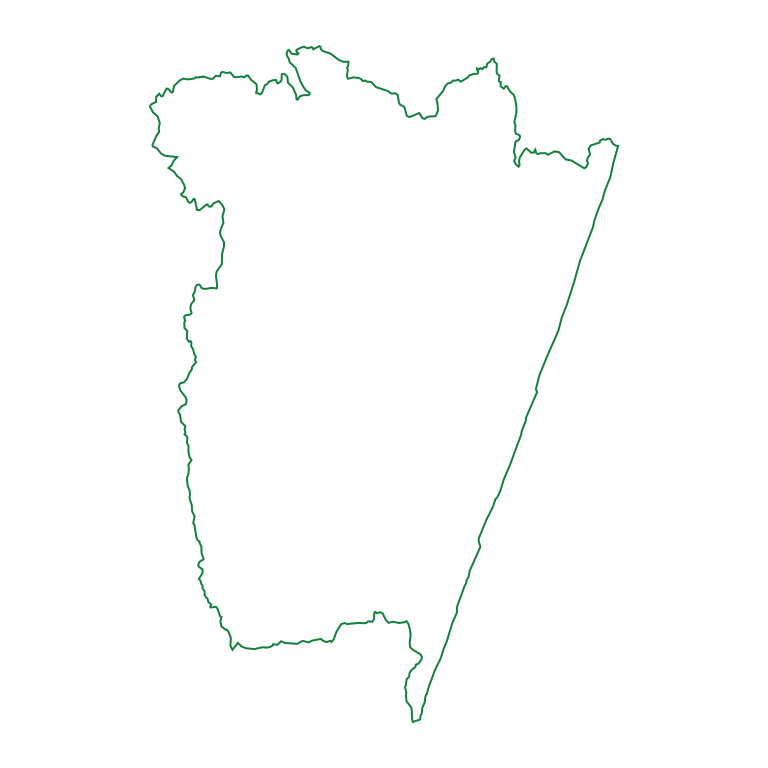 the district of Manakara Atsimo, Vatovavy-Fitovinany, Madagascar
{"feature_id": "10022922B29911348985828", "entity_name": "Manakara Atsimo", "entity_type": "district", "adm_level": 2, "iso_a3": "MDG", "parent_name": "Madagascar", "parent_adm1": "Vatovavy-Fitovinany", "projection": "natural_earth1", "projection_center": [47.828, -21.964], "detail": "fine", "context": "isolated", "style": "outline", "palette": "green", "viewbox_px": 768, "rotation_deg": 0, "n_neighbors": 0, "source": "geoboundaries", "source_scale": "gbopen_adm2", "svg_char_len": 5977}
<svg xmlns="http://www.w3.org/2000/svg" viewBox="0 0 768 768"><path d="M159.2,93.7L156.1,97.0L156.2,101.8L151.1,104.4L149.9,106.4L152.9,112.2L157.6,116.4L159.8,122.9L158.7,128.4L159.1,131.9L156.2,136.2L152.4,145.1L153.2,146.7L156.8,148.2L161.0,153.4L164.8,155.7L177.1,157.1L173.6,160.9L171.8,165.0L168.5,168.0L174.2,171.8L176.9,175.8L180.9,179.1L184.0,184.5L185.1,188.3L183.2,192.4L181.2,194.0L181.1,194.8L183.2,196.6L185.8,197.1L188.3,201.8L189.7,202.9L191.6,202.0L193.6,198.9L194.8,199.4L197.0,210.0L199.7,210.1L206.5,204.5L207.6,204.6L208.6,206.4L211.0,206.7L213.9,203.1L218.7,201.0L222.1,204.8L224.4,209.2L222.5,216.3L223.4,223.0L220.6,229.3L220.0,232.4L220.6,235.4L224.0,242.5L224.0,246.3L222.2,253.5L221.8,264.1L216.7,271.6L215.9,275.6L217.1,284.8L216.8,288.4L211.7,287.9L204.8,289.0L201.5,288.0L200.2,285.3L198.9,284.5L196.9,285.0L195.6,286.8L194.6,292.2L192.9,295.0L194.4,300.1L191.4,303.7L190.6,306.2L190.4,308.7L191.6,313.2L190.1,314.5L185.2,315.5L184.0,316.9L185.2,320.6L184.3,322.4L184.5,328.0L187.3,331.0L186.7,338.6L189.0,341.8L190.4,341.0L191.4,342.2L191.1,346.2L193.0,349.0L194.3,354.3L195.9,357.1L194.8,359.8L196.1,362.3L192.1,367.0L191.8,369.5L189.4,372.8L187.2,378.5L184.0,382.3L180.0,383.4L179.0,385.9L180.3,390.3L185.4,397.0L186.7,400.0L185.9,404.2L181.7,406.2L178.5,410.0L178.3,411.6L180.1,414.9L181.0,421.8L185.4,426.2L184.6,429.3L185.4,432.6L184.5,434.4L186.5,435.9L187.5,438.1L186.9,442.7L188.6,446.2L188.4,451.6L189.6,457.2L191.5,460.2L188.4,464.5L188.9,469.2L188.4,473.9L187.0,478.0L187.3,482.7L187.8,486.2L189.5,490.2L190.0,494.4L189.5,498.3L191.8,505.3L192.1,511.3L194.6,516.2L193.2,523.2L194.3,524.4L196.5,537.8L197.6,540.1L199.7,541.9L199.4,542.6L201.3,546.2L201.6,553.3L203.2,557.8L203.4,559.5L199.4,561.8L198.2,565.3L199.1,567.0L202.4,569.2L202.7,570.4L202.2,573.7L198.9,578.8L200.9,581.5L201.3,584.0L202.6,585.6L202.5,588.2L204.6,591.3L204.7,595.7L207.6,598.9L208.5,602.3L211.2,604.3L210.1,606.8L210.9,607.5L215.9,606.8L217.8,609.1L220.1,616.3L221.5,617.0L220.4,621.7L221.4,626.4L225.6,629.7L226.6,629.5L228.5,631.8L230.9,638.0L230.4,645.8L232.5,649.8L237.9,642.9L241.5,646.4L245.8,648.2L254.3,649.1L262.1,647.3L267.5,647.6L270.7,646.7L272.6,645.5L273.1,644.2L277.5,644.8L281.1,641.3L285.1,643.0L297.3,643.8L301.6,641.3L303.3,641.0L308.6,642.4L312.1,640.6L321.1,638.9L322.2,640.3L326.3,642.1L330.3,640.8L331.5,641.9L333.6,639.6L336.3,632.0L341.2,624.1L344.8,623.0L346.9,624.1L358.8,622.9L364.1,623.3L366.5,622.8L368.4,621.3L372.3,621.8L374.2,618.7L374.1,613.6L375.2,611.9L377.0,613.3L379.6,612.2L382.5,613.2L385.9,620.1L388.7,622.9L392.7,621.7L399.0,623.0L404.0,622.3L406.5,621.2L408.2,623.4L410.1,630.2L410.6,635.2L409.7,642.4L410.0,647.0L412.4,649.5L420.5,654.4L421.9,657.0L421.6,659.0L418.6,663.6L415.9,664.6L415.4,667.0L412.0,669.5L409.6,672.7L409.1,676.8L406.6,679.2L405.9,685.3L404.9,687.0L406.4,692.5L405.9,694.9L406.5,701.3L410.9,706.9L411.7,709.4L412.0,718.6L412.8,721.9L420.1,719.5L420.6,715.5L421.9,712.7L422.2,708.1L424.7,702.5L425.1,698.0L426.0,694.8L426.8,694.3L428.7,686.9L435.3,669.3L440.7,658.3L443.7,648.8L446.7,641.7L452.1,623.8L457.0,612.2L456.9,607.1L464.6,586.0L466.1,583.3L466.7,579.8L468.5,576.9L469.9,570.4L480.4,546.8L478.7,541.3L478.8,538.3L486.4,519.8L492.8,507.0L495.6,498.8L497.1,497.6L500.3,491.1L503.8,479.4L510.1,464.6L521.0,435.1L521.8,430.9L525.9,420.7L526.0,417.7L537.1,392.1L535.9,389.2L539.1,376.2L546.8,356.9L558.4,330.7L561.6,318.1L567.0,304.3L574.4,281.0L579.9,261.2L592.9,227.3L594.4,220.4L597.8,210.5L602.5,199.6L604.7,191.1L610.4,176.9L613.2,163.6L618.1,145.9L615.9,145.7L613.0,143.9L610.4,139.2L608.7,138.6L605.4,139.7L602.8,139.2L600.0,140.6L599.7,142.5L590.6,145.5L588.6,148.7L590.1,154.4L587.6,158.1L586.9,160.8L588.1,163.2L586.1,167.3L584.3,168.3L571.4,160.5L565.6,159.4L559.1,152.2L554.6,151.4L547.8,154.8L545.9,153.2L540.5,153.2L537.8,154.1L536.3,153.2L535.3,149.7L533.6,152.7L531.2,152.7L526.5,148.4L524.7,149.6L519.8,157.5L519.1,160.8L519.5,165.2L518.6,166.7L515.6,164.1L514.1,160.8L515.6,157.7L513.9,151.9L515.4,142.4L516.0,141.1L518.4,140.4L520.1,137.1L519.6,135.2L515.9,133.6L515.1,131.6L515.4,125.3L514.4,121.6L516.4,112.7L516.4,107.0L515.3,99.9L514.0,95.2L510.0,91.3L506.9,86.2L505.6,86.1L503.8,88.7L500.6,86.2L500.7,82.1L499.4,81.8L498.8,80.7L499.5,75.5L497.5,74.3L496.6,72.1L496.8,63.9L494.2,61.4L493.7,58.6L491.8,59.0L490.1,61.7L487.5,63.4L486.3,67.3L483.8,67.2L482.2,69.2L480.5,68.1L478.8,69.3L477.0,68.3L476.7,69.1L478.2,71.7L477.6,73.8L473.6,73.9L469.2,75.6L467.8,77.5L460.9,81.6L458.1,79.6L456.0,80.6L453.2,80.5L450.7,82.7L447.9,83.4L445.2,86.1L443.2,90.7L436.3,99.2L437.3,102.3L438.1,110.3L436.2,114.9L435.1,116.3L429.0,116.5L426.7,117.2L424.9,118.9L422.5,118.3L419.3,113.0L409.5,117.1L406.9,115.9L404.3,106.8L400.1,104.7L399.0,102.9L397.7,94.9L395.4,93.3L391.5,93.6L387.6,90.9L376.0,87.1L371.3,82.0L366.7,81.6L365.2,80.5L362.8,81.1L361.1,79.1L358.9,78.0L353.6,77.4L347.9,78.7L346.8,76.0L347.9,70.1L347.1,67.7L348.1,66.0L348.4,61.7L343.7,61.9L338.9,60.0L330.2,53.4L322.8,51.1L320.7,48.9L320.4,46.6L319.3,46.1L313.3,49.3L312.2,47.4L311.1,47.1L307.8,48.3L303.9,46.7L301.6,47.3L296.5,49.9L296.4,51.4L298.4,53.7L297.4,54.5L291.7,53.8L288.9,49.9L287.6,50.7L286.6,53.0L287.1,56.2L288.7,58.6L289.7,62.3L295.7,68.0L300.5,81.6L303.7,87.4L305.6,90.0L309.7,92.9L309.4,94.5L308.1,95.2L303.8,95.1L299.9,96.3L297.6,99.7L296.5,99.1L296.1,94.7L292.7,87.3L288.0,82.7L287.3,76.8L285.2,74.5L283.4,73.8L282.1,74.0L281.7,75.2L281.6,79.9L280.7,81.5L277.8,83.4L276.9,82.9L276.2,80.0L273.0,80.2L268.8,81.7L267.8,83.5L264.9,85.3L262.3,92.1L260.5,94.3L256.0,92.8L257.0,89.6L256.5,84.2L250.9,79.6L247.9,75.4L246.0,75.7L244.4,77.2L241.1,76.5L236.0,77.3L233.9,76.8L230.3,72.4L227.0,73.0L222.2,71.9L220.6,73.4L220.1,76.3L215.9,75.8L212.7,78.9L210.1,78.8L203.2,76.4L202.6,77.2L199.6,76.9L199.1,77.6L195.7,77.2L195.1,78.2L191.5,79.0L187.2,79.4L183.4,78.6L179.7,80.4L174.0,86.1L172.8,92.1L171.5,92.5L168.0,88.8L166.4,88.6L162.7,96.0L161.3,96.3L159.2,93.7Z" fill="none" stroke="#15803d" stroke-width="2"/></svg>